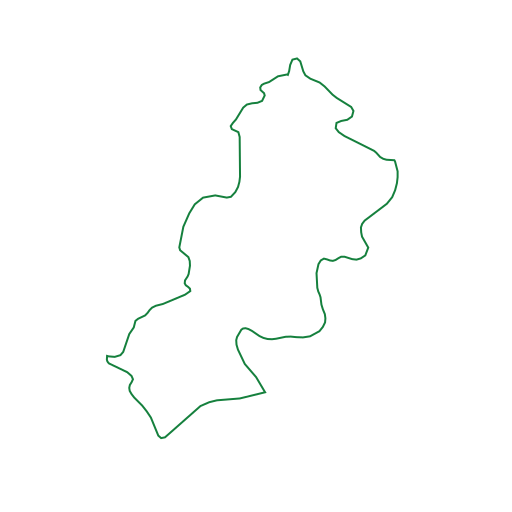 map outline of Cao Bằng (Natural Earth projection), rotated 286°
{"feature_id": "VNM-511", "entity_name": "Cao Bằng", "entity_type": "Province", "adm_level": 1, "iso_a3": "VNM", "parent_name": "Vietnam", "parent_adm1": "", "projection": "natural_earth1", "projection_center": [106.073, 22.737], "detail": "fine", "context": "isolated", "style": "outline", "palette": "green", "viewbox_px": 512, "rotation_deg": 286, "n_neighbors": 0, "source": "natural_earth", "source_scale": "10m", "svg_char_len": 2230}
<svg xmlns="http://www.w3.org/2000/svg" viewBox="0 0 512 512"><g transform="rotate(286 256 256)"><path d="M118.9,140.4L118.9,142.0L120.1,148.0L123.3,153.0L127.2,154.8L146.1,155.7L153.6,158.2L160.4,158.0L163.2,160.0L168.3,165.8L171.5,167.5L174.6,168.6L177.7,170.3L180.6,173.5L184.2,179.7L199.3,198.5L204.2,202.5L206.4,201.5L207.6,199.2L208.5,196.6L210.1,195.0L213.0,194.5L217.5,195.9L220.1,196.2L228.5,195.2L232.9,193.7L236.3,191.3L240.6,181.5L243.1,179.9L264.1,178.1L278.7,180.1L288.8,182.9L297.5,189.0L303.0,200.1L304.1,211.8L306.0,215.6L311.7,218.5L317.4,219.7L322.7,219.6L327.8,218.8L365.9,207.5L370.2,204.9L371.3,197.8L373.9,195.9L377.5,197.1L381.7,199.1L395.1,202.8L399.1,205.5L401.7,210.1L403.7,215.2L406.8,219.1L412.7,220.1L414.7,218.9L416.8,214.6L419.2,213.6L422.0,214.4L423.9,216.3L426.8,220.6L434.8,227.6L439.1,235.9L438.9,236.7L442.8,236.9L449.1,236.2L454.8,236.9L457.2,241.0L455.3,244.9L446.5,250.6L443.3,253.7L441.4,259.4L440.3,269.4L437.9,275.2L432.2,285.1L430.2,290.0L425.5,306.4L422.3,309.7L416.5,309.8L412.1,306.2L409.3,300.7L406.1,296.7L400.8,297.4L397.9,301.4L395.7,308.0L389.6,340.6L388.4,343.2L385.4,348.0L384.5,351.5L384.5,354.9L386.2,362.6L385.2,363.6L376.4,368.8L370.8,370.4L364.8,371.4L357.6,371.6L350.1,370.7L342.3,367.4L320.0,350.7L316.2,349.2L312.4,349.0L307.7,350.6L303.8,352.6L295.0,361.6L286.7,360.9L282.6,357.4L280.2,353.6L279.5,349.3L279.7,341.4L278.8,338.1L276.7,335.9L274.1,333.6L272.5,331.2L272.1,328.3L272.3,325.3L272.2,322.0L269.6,319.5L265.4,318.3L256.2,318.9L242.3,323.7L239.1,325.6L236.6,327.7L234.1,329.4L227.3,332.3L223.3,334.9L219.1,338.2L215.2,339.9L211.2,340.7L206.2,339.8L201.2,337.7L193.7,330.1L190.7,323.6L189.1,317.1L188.1,311.6L186.5,306.7L182.0,298.1L180.4,294.3L179.4,290.0L179.3,285.7L180.0,281.4L182.9,272.7L183.7,268.9L183.7,265.8L182.7,263.5L181.1,262.2L172.9,260.1L169.6,260.2L165.4,261.7L161.1,264.4L149.1,275.0L139.6,289.5L127.5,302.3L114.6,279.7L106.5,258.2L102.6,251.4L96.5,244.0L56.6,218.5L54.8,215.0L56.4,211.6L71.7,199.5L76.6,193.7L80.8,187.9L86.4,177.9L88.9,174.5L91.5,171.8L94.3,170.5L97.3,170.3L100.4,171.2L103.6,171.7L106.4,169.4L108.8,164.3L112.2,144.3L113.1,142.9L114.1,141.9L115.3,141.2L118.9,140.4Z" fill="none" stroke="#15803d" stroke-width="2"/></g></svg>